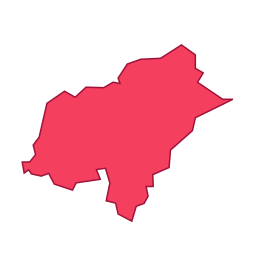 outline of Buzau, rotated 100°
{"feature_id": "ROU-314", "entity_name": "Buzau", "entity_type": "County", "adm_level": 1, "iso_a3": "ROU", "parent_name": "Romania", "parent_adm1": "", "projection": "albers", "projection_center": [26.856, 45.281], "detail": "coarse", "context": "isolated", "style": "filled", "palette": "rose", "viewbox_px": 256, "rotation_deg": 100, "n_neighbors": 0, "source": "natural_earth", "source_scale": "10m", "svg_char_len": 739}
<svg xmlns="http://www.w3.org/2000/svg" viewBox="0 0 256 256"><g transform="rotate(100 128 128)"><path d="M70.9,67.5L83.3,39.7L81.5,29.7L106.1,63.4L119.4,64.1L142.3,82.3L159.8,80.7L169.6,95.5L181.2,93.0L182.5,100.0L191.7,96.4L199.5,99.1L203.7,106.3L219.1,108.1L214.4,122.8L204.1,127.1L203.5,136.8L185.3,136.3L171.6,143.2L174.4,151.9L183.3,146.4L191.0,169.5L198.8,171.9L196.0,190.9L186.5,198.2L190.4,205.0L190.0,215.1L186.5,218.6L190.4,222.4L179.9,226.3L178.5,218.9L170.2,214.4L161.3,218.4L152.4,213.9L117.8,212.1L102.8,196.9L106.9,185.4L95.1,176.4L92.5,158.9L85.5,150.6L85.5,143.6L80.6,146.4L65.1,139.8L58.1,127.4L53.7,108.0L36.9,89.8L44.3,74.4L57.6,72.0L60.7,63.5L70.9,67.5Z" fill="#f43f5e" stroke="#9f1239" stroke-width="1.5"/></g></svg>